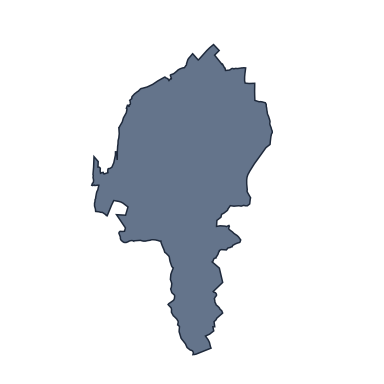 Bucerdea Granoasa, Alba, Romania (Mercator projection), rotated 124°
{"feature_id": "2599482B1609135605728", "entity_name": "Bucerdea Granoasa", "entity_type": "district", "adm_level": 2, "iso_a3": "ROU", "parent_name": "Romania", "parent_adm1": "Alba", "projection": "mercator", "projection_center": [23.858, 46.215], "detail": "fine", "context": "isolated", "style": "filled", "palette": "slate", "viewbox_px": 384, "rotation_deg": 124, "n_neighbors": 0, "source": "geoboundaries", "source_scale": "gbopen_adm2", "svg_char_len": 5237}
<svg xmlns="http://www.w3.org/2000/svg" viewBox="0 0 384 384"><g transform="rotate(124 192 192)"><path d="M217.5,293.0L226.4,287.5L233.0,283.8L233.3,283.4L233.6,283.0L235.3,282.2L237.2,280.2L239.3,279.1L240.5,279.4L242.5,278.9L242.2,277.9L240.9,277.0L241.0,276.2L239.5,274.5L239.1,274.1L238.5,273.0L242.9,271.3L244.8,271.1L246.3,270.6L250.6,268.7L251.1,268.3L252.5,268.1L254.4,267.0L255.7,266.6L258.1,265.0L260.1,262.6L262.0,261.0L260.4,258.0L259.9,256.3L259.0,254.9L259.0,250.0L259.4,249.9L259.2,249.0L250.0,250.9L248.2,251.3L245.5,251.7L242.8,252.1L240.6,247.1L240.4,246.3L240.1,245.5L239.8,243.1L240.2,236.7L248.4,234.1L253.0,241.9L259.0,227.1L262.3,226.0L263.7,227.7L264.8,229.6L266.2,229.9L267.1,229.5L269.3,226.3L270.7,225.3L271.3,224.5L271.7,223.5L271.9,221.6L271.8,220.2L271.3,219.2L270.5,218.2L269.0,217.2L267.6,216.5L266.7,215.7L265.9,214.8L265.5,213.9L265.4,213.2L265.3,213.3L260.9,207.7L260.3,205.8L259.8,204.7L258.7,203.1L257.1,201.6L255.4,199.7L254.5,199.1L253.9,198.4L253.4,197.7L252.2,195.6L251.0,192.4L251.0,191.9L250.7,191.2L250.1,190.3L250.5,190.1L251.1,189.5L252.7,187.3L253.8,185.7L255.5,183.0L257.2,180.9L257.3,179.2L258.0,175.7L258.4,174.7L259.3,173.8L260.3,172.9L261.8,171.4L264.7,167.6L265.1,166.9L265.4,165.9L265.4,165.1L269.3,164.2L272.1,163.5L276.6,161.0L277.8,159.3L278.6,158.3L279.3,157.5L280.7,156.8L281.8,156.2L282.7,155.8L284.3,155.5L286.3,153.0L286.8,152.2L287.1,150.0L287.2,149.1L287.9,148.2L290.2,147.0L291.6,146.7L292.9,147.0L297.5,148.8L298.7,148.9L299.7,144.6L300.7,143.4L303.2,141.8L305.1,138.2L305.1,137.4L305.8,133.7L306.9,131.3L307.5,130.7L308.7,130.2L310.2,129.6L310.2,128.6L310.6,127.1L313.5,125.5L315.1,124.5L316.2,123.1L319.4,119.2L321.5,112.6L323.7,109.1L324.0,105.1L323.5,103.7L323.5,102.6L324.2,101.3L324.8,100.8L325.7,100.5L326.3,100.3L325.4,99.2L324.8,98.6L324.2,98.0L318.6,94.2L310.8,88.9L310.0,90.1L307.0,93.4L305.6,95.8L303.9,100.3L300.0,97.9L295.0,96.3L292.1,99.3L291.0,97.8L287.2,101.2L284.5,100.6L282.8,100.9L275.2,98.9L273.8,101.0L273.7,101.3L273.6,103.1L273.1,103.8L272.6,105.1L272.3,106.8L272.2,107.7L272.1,108.8L271.1,110.2L270.6,111.3L268.9,112.7L268.0,113.8L265.9,114.0L264.2,113.8L263.5,114.2L262.8,115.0L262.4,116.3L262.9,118.1L262.7,118.8L249.8,116.0L239.8,126.8L238.7,136.1L238.1,135.8L236.3,136.3L234.8,136.5L233.2,135.3L233.1,135.6L231.6,135.5L229.2,135.6L228.0,135.9L227.2,136.3L226.1,136.1L225.3,136.6L223.4,135.6L220.8,131.1L218.3,130.9L216.3,129.0L215.5,128.8L215.0,128.1L213.5,128.4L210.6,126.9L208.7,125.6L207.7,124.7L207.1,124.3L206.6,124.2L205.0,124.7L204.5,124.8L203.2,128.4L202.9,130.2L202.9,134.1L202.5,136.1L202.3,140.1L201.7,141.3L199.5,141.9L199.1,142.7L201.4,144.1L201.8,145.5L204.3,149.8L206.8,152.4L201.6,155.5L196.7,153.9L194.0,155.0L191.6,153.7L187.9,152.5L186.6,152.4L186.1,152.7L181.9,152.6L180.3,149.3L177.2,145.5L176.2,143.3L174.2,141.7L173.5,139.9L172.5,138.4L169.6,137.5L165.0,139.9L164.1,140.1L161.3,145.8L160.5,146.9L159.3,147.4L154.8,151.1L151.6,153.3L149.1,154.6L146.4,155.4L142.3,155.8L133.7,156.1L128.2,155.9L113.9,155.5L108.9,153.9L106.0,155.5L101.9,157.6L100.8,158.0L100.1,158.3L99.4,158.6L98.0,158.6L96.6,159.6L95.7,161.0L94.5,162.3L93.2,164.2L92.1,165.6L90.0,166.7L89.0,167.7L86.6,170.7L85.1,173.1L83.6,174.4L82.2,175.8L80.6,177.1L79.5,178.3L77.7,179.6L77.5,180.3L77.0,181.1L77.7,183.1L78.0,184.1L78.8,185.8L79.3,186.3L79.7,187.0L80.2,188.6L80.9,191.1L77.2,193.8L73.5,196.4L69.2,199.2L66.8,200.8L70.1,205.3L72.0,208.8L70.5,210.5L67.2,212.7L64.3,214.3L60.5,216.2L59.1,216.9L59.2,217.1L59.7,217.9L60.3,218.9L61.0,219.6L61.2,220.0L61.5,220.3L64.4,223.5L64.8,224.4L65.4,225.3L66.3,225.9L66.7,226.5L66.7,227.2L67.2,227.9L67.9,228.3L69.2,228.7L70.3,229.4L70.9,230.3L71.5,230.9L72.5,232.2L70.8,233.9L71.0,234.3L70.2,235.8L68.9,238.3L69.4,238.5L67.3,245.3L65.9,249.8L62.3,249.1L59.5,248.6L57.7,256.6L62.5,258.0L66.4,258.8L78.1,260.4L79.1,260.7L77.8,265.6L77.1,268.3L77.0,268.8L80.7,269.2L82.8,269.5L83.2,269.5L84.3,269.5L86.3,269.0L86.8,268.8L87.6,268.6L87.8,268.5L88.2,268.4L88.6,268.3L89.1,268.0L89.3,267.9L89.5,267.8L90.1,267.6L90.7,267.8L92.0,267.8L93.2,267.8L94.1,268.9L94.7,269.4L96.6,270.8L98.5,271.8L100.3,272.2L103.5,273.1L104.4,273.5L106.7,275.2L107.2,275.3L107.6,275.0L109.3,272.6L110.0,272.6L109.9,273.1L112.5,273.4L111.6,275.4L112.0,277.6L111.8,278.4L112.0,278.9L119.1,282.5L124.8,284.8L130.0,287.9L134.1,291.4L134.6,292.0L135.3,292.3L136.1,292.5L136.8,292.6L137.7,292.8L138.3,292.8L138.5,292.9L138.9,293.2L140.0,293.6L141.3,294.0L142.4,294.4L143.2,294.6L144.8,294.8L146.4,295.1L147.1,294.8L147.7,294.6L148.0,294.3L148.3,294.1L148.8,294.3L150.8,294.9L151.0,294.4L153.1,292.5L154.0,292.2L155.3,292.9L156.0,292.1L156.4,292.3L156.3,294.0L159.4,293.2L159.5,292.3L163.0,290.8L168.9,290.3L172.9,289.0L177.8,288.7L179.5,288.4L179.6,288.6L184.4,284.9L186.9,283.6L187.0,283.5L187.7,283.1L190.7,282.0L193.6,280.2L195.7,279.2L197.7,278.0L200.3,276.5L203.4,274.4L207.3,271.9L203.5,275.0L201.1,277.3L201.5,277.9L204.3,276.1L211.7,273.1L212.5,273.0L216.1,272.3L218.2,273.1L219.4,274.4L219.8,274.5L220.4,274.3L222.0,273.4L223.0,272.5L226.2,275.0L226.1,275.8L225.4,276.5L226.0,277.3L227.6,278.3L225.9,279.9L223.7,281.2L223.3,282.1L223.4,283.1L223.9,283.9L219.2,286.8L217.5,293.0Z" fill="#64748b" stroke="#1e293b" stroke-width="1.5"/></g></svg>